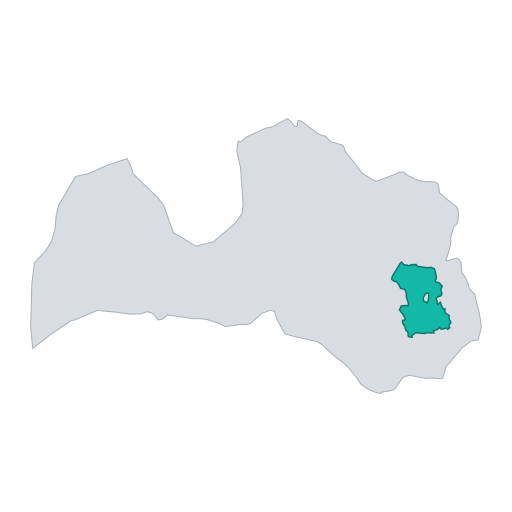 where Rezeknes sits in Latvia
{"feature_id": "LVA-1066", "entity_name": "Rezeknes", "entity_type": "Municipality", "adm_level": 1, "iso_a3": "LVA", "parent_name": "Latvia", "parent_adm1": "", "projection": "mercator", "projection_center": [27.315, 56.501], "detail": "fine", "context": "in_parent", "style": "filled", "palette": "teal", "viewbox_px": 512, "rotation_deg": 0, "n_neighbors": 0, "source": "natural_earth", "source_scale": "10m", "svg_char_len": 3695}
<svg xmlns="http://www.w3.org/2000/svg" viewBox="0 0 512 512"><path d="M380.4,393.4L377.3,392.9L368.4,389.4L360.9,384.2L356.4,377.3L348.6,367.9L343.5,363.0L335.5,357.0L322.1,344.6L317.3,341.7L293.5,336.3L284.9,333.8L277.0,319.7L274.5,311.5L270.6,310.0L266.3,311.7L261.7,313.4L251.0,323.0L247.5,324.4L240.9,324.5L225.4,326.6L218.4,323.1L206.1,319.3L199.5,318.7L193.6,318.7L167.4,315.0L162.7,319.1L157.9,319.9L153.2,313.5L147.4,311.7L140.9,313.8L129.3,314.1L115.4,312.1L97.8,310.5L95.2,311.2L75.6,319.6L70.8,320.9L49.5,335.2L32.7,348.5L30.7,327.2L31.8,284.4L34.3,263.0L45.9,250.5L51.8,240.7L55.2,227.6L56.2,215.5L58.6,205.5L75.5,176.5L88.9,173.4L107.0,165.3L127.2,158.6L131.2,167.1L133.1,173.7L157.5,197.4L163.7,205.3L173.2,232.4L195.8,246.1L213.5,241.8L221.3,235.1L235.5,222.9L241.8,213.9L243.1,205.2L240.6,167.8L236.8,151.5L238.1,141.3L240.6,141.9L246.6,136.9L266.5,127.8L270.5,127.4L275.0,125.5L287.5,118.6L291.5,122.3L294.9,126.5L296.7,126.5L297.6,125.0L297.4,122.2L298.3,120.3L301.9,121.4L316.4,132.8L321.9,135.5L325.7,136.2L330.3,141.6L342.7,145.2L344.2,147.9L345.1,151.4L356.7,165.8L361.9,173.0L372.2,179.6L376.6,181.2L394.6,174.4L399.6,172.1L403.8,172.1L408.0,175.6L417.7,180.3L426.4,181.8L428.0,181.5L435.4,182.0L438.0,183.9L439.7,193.0L448.1,200.2L455.9,206.1L457.9,208.9L458.5,214.1L458.0,220.3L457.0,223.5L453.7,227.2L450.9,236.5L450.5,245.3L446.0,260.5L447.0,260.8L456.5,258.0L459.1,259.6L461.2,262.9L461.8,272.4L464.9,276.7L468.1,283.4L469.1,288.6L475.1,294.7L475.6,298.7L479.2,312.7L480.6,320.8L481.3,327.0L479.5,334.9L477.9,340.3L476.0,340.0L470.6,341.4L462.1,347.8L449.4,362.9L446.2,366.2L442.9,377.7L442.1,378.8L434.7,378.3L432.7,378.0L425.3,378.3L409.2,375.3L403.0,377.3L394.8,388.8L391.6,390.5L382.1,392.1L380.4,393.4Z" fill="#d9dde1" stroke="#a8b0b8" stroke-width="1"/><path d="M401.4,262.1L403.8,264.6L404.9,265.0L407.0,265.0L407.9,265.6L409.6,265.7L410.2,265.1L411.9,264.6L413.5,264.5L414.3,264.8L416.0,264.4L417.6,266.4L421.2,266.9L427.2,267.7L431.2,267.4L434.5,268.9L435.5,272.5L436.4,277.9L436.0,279.3L435.4,280.1L435.5,281.3L435.8,281.9L436.5,282.5L437.4,282.2L438.0,282.3L438.8,282.6L439.9,283.4L440.5,284.4L442.3,286.3L441.1,288.6L441.1,291.3L441.9,293.4L441.4,295.2L440.5,295.9L439.7,296.3L438.8,296.6L437.7,296.7L436.9,297.5L436.4,298.2L436.4,298.9L436.5,300.0L437.0,301.3L437.0,302.4L437.8,304.4L440.4,302.3L441.0,303.9L441.0,304.8L441.8,306.4L442.4,307.4L442.9,308.0L443.0,308.5L443.0,308.8L443.3,309.1L443.7,309.2L444.0,308.9L444.9,308.9L444.8,310.4L445.0,311.1L444.9,312.1L446.1,313.7L447.9,314.5L449.2,315.7L449.2,316.4L449.0,317.2L449.2,318.9L449.7,320.1L450.5,321.3L450.8,322.7L449.0,325.2L449.0,326.8L449.4,327.0L449.7,327.3L449.8,327.7L449.3,328.2L448.8,328.5L447.8,329.3L446.8,328.2L441.5,329.1L440.5,328.7L440.3,328.4L439.5,327.0L439.0,327.4L438.7,328.4L437.8,329.2L436.6,329.9L435.2,330.1L434.0,330.5L433.5,331.2L434.0,332.8L432.3,332.7L431.8,333.0L427.2,332.7L424.5,333.5L416.8,332.9L416.1,332.6L415.4,332.9L413.8,334.3L412.3,335.1L412.2,335.4L412.0,335.9L412.1,336.2L412.3,337.1L410.8,337.1L409.3,336.9L408.7,336.6L408.3,336.1L408.1,335.4L408.2,334.1L408.1,333.0L407.7,332.1L406.9,331.1L406.0,330.4L405.8,329.5L405.2,328.5L405.1,326.7L403.4,324.4L402.7,322.8L402.6,322.1L402.4,321.1L402.8,320.3L404.4,320.3L405.4,319.0L403.8,315.9L402.9,314.4L399.5,310.0L399.7,309.2L400.3,308.4L400.6,307.5L401.2,305.9L405.4,305.5L408.0,305.8L408.5,303.7L406.4,297.3L406.2,292.9L404.8,289.3L400.6,288.4L398.6,284.3L396.7,281.9L393.9,281.1L391.7,279.3L392.3,276.3L400.1,263.6L401.4,262.1ZM427.2,302.8L428.2,300.5L428.6,297.6L428.8,295.5L428.7,293.6L427.2,293.0L425.4,293.9L423.1,298.1L423.8,301.1L427.2,302.8Z" fill="#14b8a6" stroke="#0f766e" stroke-width="1.5"/></svg>